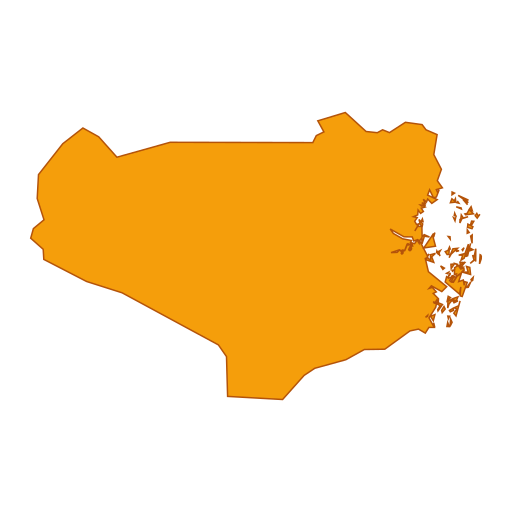 Rufiji, Pwani, United Republic of Tanzania (Mercator projection)
{"feature_id": "72390352B25336426084217", "entity_name": "Rufiji", "entity_type": "district", "adm_level": 2, "iso_a3": "TZA", "parent_name": "United Republic of Tanzania", "parent_adm1": "Pwani", "projection": "mercator", "projection_center": [39.283, -7.991], "detail": "fine", "context": "isolated", "style": "filled", "palette": "amber", "viewbox_px": 512, "rotation_deg": 0, "n_neighbors": 0, "source": "geoboundaries", "source_scale": "gbopen_adm2", "svg_char_len": 6182}
<svg xmlns="http://www.w3.org/2000/svg" viewBox="0 0 512 512"><path d="M425.3,333.1L428.9,327.4L434.2,327.4L429.0,317.9L435.7,307.3L436.5,303.6L434.2,303.1L433.3,301.6L440.1,305.7L437.7,309.6L438.0,310.9L442.5,304.5L435.7,301.7L436.9,299.7L438.3,302.0L438.5,298.8L433.2,293.4L436.3,291.9L432.3,287.4L429.1,288.4L431.4,285.8L441.8,291.6L446.7,286.7L428.4,271.7L425.3,258.5L426.8,257.8L429.1,253.9L427.4,255.8L419.8,241.1L419.2,243.4L417.2,240.1L414.6,243.6L411.3,242.7L412.4,244.4L412.5,246.0L412.1,246.2L410.9,245.9L411.6,248.5L411.3,249.6L410.0,250.7L409.2,250.4L408.7,249.5L410.0,246.5L409.9,250.5L410.5,245.8L412.3,245.8L411.0,244.4L408.3,245.0L407.5,244.1L404.8,250.5L404.2,250.8L402.8,250.1L402.0,250.5L402.8,250.7L403.1,251.2L403.0,253.0L402.6,253.6L401.9,254.0L401.7,253.9L401.6,253.6L402.2,253.2L401.2,251.9L401.1,251.7L401.1,250.9L400.2,250.5L399.5,250.0L397.2,252.4L391.0,252.6L399.4,249.8L401.2,250.8L402.3,253.0L402.3,253.5L401.7,253.6L402.0,253.9L403.0,253.0L403.0,251.3L401.8,250.4L402.7,250.0L404.7,250.5L407.1,244.1L408.2,243.8L408.5,244.8L410.7,244.2L411.9,244.9L412.0,244.3L410.3,243.0L411.5,240.5L402.7,238.8L393.4,233.5L390.2,229.0L404.0,236.8L412.2,236.9L413.8,241.0L417.6,239.6L419.7,240.9L421.8,237.7L422.0,243.9L424.4,236.2L429.5,237.0L424.2,234.6L422.1,236.8L421.9,226.5L417.6,226.4L414.8,231.0L419.0,223.7L416.6,224.6L414.7,221.2L417.2,217.6L413.5,216.7L417.7,214.9L418.1,210.1L420.6,213.4L423.4,211.5L421.3,208.2L425.2,207.0L423.6,205.8L421.6,206.1L420.3,205.0L425.7,205.3L421.8,202.9L425.3,203.3L423.3,199.3L426.5,202.0L427.7,199.0L431.8,203.4L437.2,199.6L427.6,195.1L429.6,189.8L433.5,197.8L436.4,197.0L439.1,189.9L437.3,191.8L436.3,189.6L442.4,187.8L437.3,180.7L441.4,169.3L433.8,154.6L437.1,134.6L426.0,129.8L422.1,124.6L405.4,122.3L389.5,132.6L382.6,129.8L377.3,132.7L366.1,131.5L345.3,112.5L317.8,120.8L323.9,131.9L316.3,135.6L312.8,142.6L170.1,142.3L116.9,157.2L98.7,136.8L82.9,128.0L62.8,143.7L38.5,174.6L37.2,198.5L44.0,219.8L33.4,228.6L30.7,238.2L43.2,249.3L43.8,259.4L86.6,281.5L122.1,292.8L218.4,344.9L226.5,356.6L227.6,396.4L282.6,399.5L304.1,375.4L314.7,368.3L345.9,359.7L364.3,349.5L384.8,349.2L410.0,330.9L418.5,329.1L425.3,333.1ZM425.5,317.3L427.7,315.3L427.5,316.3L425.5,317.3ZM458.7,281.6L461.4,273.2L457.0,276.4L453.4,282.3L451.3,282.1L449.6,280.5L452.3,277.0L448.4,278.1L446.6,276.7L445.2,282.0L459.5,294.1L460.8,286.9L460.2,295.9L462.2,296.5L467.2,282.4L464.6,281.6L464.2,285.3L463.3,280.0L458.7,281.6ZM435.5,246.2L432.7,235.6L433.6,233.4L423.8,248.0L435.5,246.2ZM458.3,265.5L454.6,267.7L454.4,274.4L456.2,274.0L455.7,274.8L456.5,275.7L456.2,276.2L461.2,273.1L461.7,272.2L462.6,271.0L464.1,270.3L463.9,268.4L460.7,269.0L458.3,265.5ZM462.7,255.2L461.1,260.1L464.2,258.2L465.7,253.0L466.1,257.0L466.7,252.3L467.0,256.0L467.6,255.8L470.6,243.4L467.2,254.1L468.4,244.1L465.0,253.5L458.7,255.1L462.7,255.2ZM460.1,300.9L458.7,305.7L454.1,307.8L456.9,308.9L453.8,313.2L456.0,315.9L460.1,300.9ZM435.4,253.4L430.4,254.7L430.7,260.6L427.5,257.5L425.8,259.7L433.8,262.4L431.7,256.8L435.4,253.4ZM463.3,218.0L461.3,214.9L460.7,219.4L460.0,219.5L459.9,223.0L461.9,218.7L468.1,216.7L463.3,218.0ZM466.5,266.4L468.2,272.1L461.9,272.0L470.6,274.5L469.8,267.4L466.5,266.4ZM474.0,257.2L472.6,255.1L474.0,260.0L470.2,263.4L475.2,259.5L475.7,261.5L475.8,248.7L474.0,257.2ZM457.6,248.3L452.9,248.8L449.1,257.7L451.2,254.0L457.6,248.3ZM434.9,314.6L430.6,316.3L433.3,320.7L434.9,314.6ZM453.7,298.2L447.9,301.3L447.7,308.1L449.0,304.0L453.7,298.2ZM468.5,200.1L458.2,195.4L468.3,202.7L465.6,199.7L468.5,200.1ZM473.5,213.8L469.1,209.7L467.1,213.4L464.9,213.9L465.6,214.8L473.5,213.8ZM467.9,224.1L467.5,227.3L472.0,228.7L472.9,226.7L467.9,224.1ZM455.4,198.7L454.3,200.8L451.9,198.8L450.4,202.7L455.8,202.1L455.4,198.7ZM456.1,277.1L453.8,277.0L451.2,281.2L453.5,281.3L456.1,277.1ZM464.8,262.6L459.9,262.2L460.5,264.8L463.3,263.1L461.5,266.4L464.8,262.6ZM449.2,249.9L445.2,251.6L447.1,254.5L448.9,254.5L449.2,249.9ZM472.1,243.3L472.2,234.9L470.6,236.1L472.1,243.3ZM454.4,263.9L450.9,264.3L451.2,268.5L454.4,263.9ZM444.0,306.5L441.6,310.3L442.2,312.6L445.2,309.0L444.0,306.5ZM468.3,287.3L470.8,281.8L466.7,287.5L468.3,287.3ZM419.0,219.5L420.3,224.5L422.2,226.3L422.7,223.9L419.0,219.5ZM461.1,207.9L456.2,206.8L461.4,209.0L461.1,207.9ZM479.9,214.3L478.2,216.1L476.8,213.4L475.2,215.7L477.2,218.1L479.9,214.3ZM453.3,308.2L449.4,310.4L450.3,311.8L453.5,310.4L453.3,308.2ZM457.9,296.9L454.4,298.1L452.8,300.9L456.5,300.4L457.9,296.9ZM449.2,326.6L447.7,322.4L446.9,326.5L449.2,326.6ZM459.6,264.5L460.7,268.4L463.0,267.1L460.9,266.8L459.6,264.5ZM447.7,277.5L450.1,274.5L450.2,272.8L447.7,277.5ZM469.2,232.5L467.3,229.8L467.2,233.3L469.2,232.5ZM472.3,210.7L471.1,206.7L469.2,209.4L472.3,210.7ZM467.5,204.7L465.8,201.7L463.0,199.5L467.5,204.7ZM452.1,322.3L450.6,319.0L450.0,326.5L452.1,322.3ZM480.7,255.0L480.1,254.7L479.5,263.9L481.2,258.9L481.3,256.2L480.7,255.0ZM440.4,250.5L438.1,251.7L440.0,256.1L439.0,252.9L440.4,250.5ZM450.5,297.6L448.2,296.3L447.3,300.6L450.5,297.6ZM444.4,268.1L440.6,265.9L442.9,269.4L444.4,268.1ZM454.5,193.1L452.1,192.0L452.0,194.8L454.5,193.1ZM455.2,276.9L453.8,276.0L452.2,275.7L451.9,276.1L455.2,276.9ZM473.2,277.3L471.0,279.6L471.7,281.0L472.7,280.3L473.2,277.3ZM473.0,249.7L469.7,247.9L470.1,250.7L473.0,249.7ZM433.9,236.3L434.9,232.6L433.2,235.9L433.9,236.3ZM464.1,247.7L462.1,249.7L462.7,250.5L464.1,247.7ZM455.0,218.5L453.6,217.7L455.0,220.8L455.6,217.8L455.0,218.5ZM459.0,250.8L456.0,250.1L456.6,251.4L459.0,250.8ZM454.2,215.6L455.8,216.0L454.7,213.2L454.2,215.6ZM454.0,302.8L458.0,300.9L453.3,301.4L454.0,302.8ZM457.1,265.4L457.5,264.3L455.5,263.7L457.1,265.4ZM449.6,316.2L447.8,316.1L448.4,318.7L449.6,316.2ZM458.9,203.2L457.8,201.6L456.9,202.7L458.9,203.2ZM433.7,322.8L433.4,325.4L434.1,326.6L434.6,326.6L433.7,322.8ZM422.4,218.9L421.3,221.0L423.0,221.5L422.4,218.9ZM473.8,221.3L471.6,221.1L470.7,224.1L471.9,224.5L473.8,221.3ZM448.5,272.3L446.6,273.3L447.7,273.7L448.5,272.3ZM449.5,247.0L448.6,249.0L450.2,249.0L449.5,247.0ZM453.8,270.0L452.1,270.4L452.5,271.2L453.8,270.0ZM450.0,236.7L448.2,236.5L450.2,239.1L450.0,236.7ZM438.8,254.7L436.9,251.0L436.6,252.4L438.8,254.7Z" fill="#f59e0b" stroke="#b45309" stroke-width="1.5"/></svg>